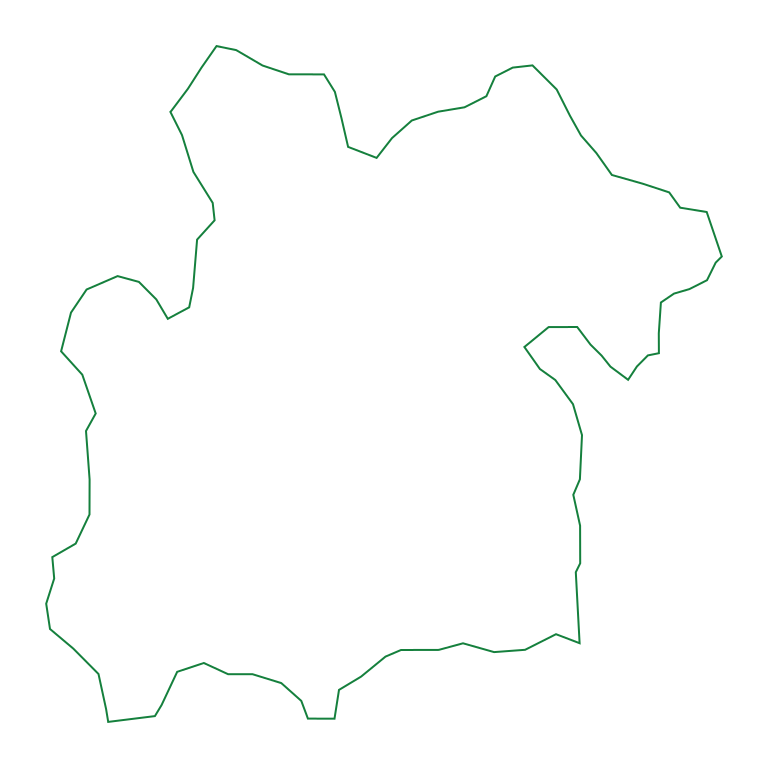 the district of Hultsfred, Kalmar, Sweden
{"feature_id": "70781695B5554293763510", "entity_name": "Hultsfred", "entity_type": "district", "adm_level": 2, "iso_a3": "SWE", "parent_name": "Sweden", "parent_adm1": "Kalmar", "projection": "albers", "projection_center": [15.84, 57.428], "detail": "fine", "context": "isolated", "style": "outline", "palette": "green", "viewbox_px": 768, "rotation_deg": 0, "n_neighbors": 0, "source": "geoboundaries", "source_scale": "gbopen_adm2", "svg_char_len": 1359}
<svg xmlns="http://www.w3.org/2000/svg" viewBox="0 0 768 768"><path d="M579.6,643.2L575.8,572.2L580.2,563.3L580.1,525.7L573.3,494.8L579.9,479.3L582.0,435.1L573.0,404.2L555.3,380.0L539.9,369.0L524.4,347.0L548.6,327.1L577.2,327.0L590.5,344.6L601.6,355.6L610.4,366.6L628.1,379.8L636.9,366.5L647.9,355.4L658.9,353.2L658.8,333.3L660.9,302.5L674.0,293.6L689.4,289.1L707.0,280.2L715.7,262.6L721.8,256.5L706.7,212.0L680.2,207.7L669.2,192.4L642.7,183.7L611.9,175.0L596.4,153.1L581.0,135.5L570.0,115.8L556.7,89.5L532.5,65.4L512.7,67.6L495.2,76.5L486.4,96.2L464.5,107.3L438.1,111.7L411.8,120.5L392.0,138.1L376.6,157.9L348.1,146.9L341.5,118.3L334.9,91.9L324.0,74.4L288.8,74.3L262.5,65.5L236.2,50.1L216.5,46.1L201.5,67.6L187.9,88.8L171.3,110.9L170.4,111.9L182.0,135.1L193.4,171.9L212.7,202.9L214.6,220.3L197.1,239.6L193.1,287.9L189.2,307.3L167.8,318.8L156.3,299.4L138.9,281.9L117.6,276.1L86.6,289.5L71.0,312.6L61.1,351.3L82.3,374.7L95.7,413.5L86.0,431.0L89.6,479.5L89.5,514.5L75.7,543.6L52.3,557.1L54.2,578.5L46.2,603.7L50.0,629.0L73.3,648.6L98.5,674.0L106.1,709.1L108.2,721.9L154.9,716.1L161.6,705.0L177.2,671.8L203.8,663.0L228.1,674.2L252.5,674.2L281.3,683.1L301.3,700.9L307.9,718.6L334.5,718.7L339.0,689.9L361.1,676.6L385.5,656.6L401.0,650.0L438.7,649.9L463.0,643.3L494.1,652.1L525.1,649.8L556.0,634.2L579.6,643.2Z" fill="none" stroke="#15803d" stroke-width="2"/></svg>